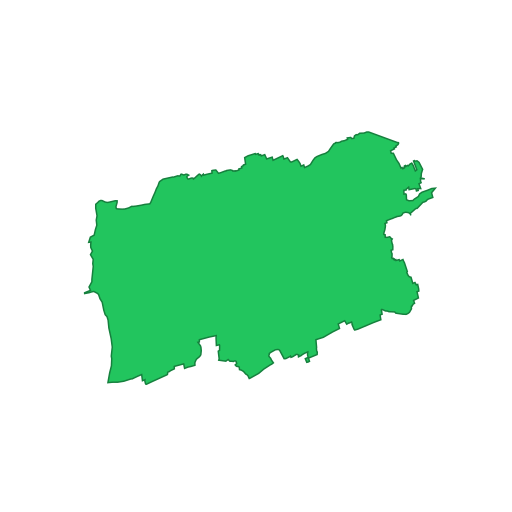 Kota Pekalongan, Jawa Tengah, Indonesia, rotated 242°
{"feature_id": "22746128B98453198956040", "entity_name": "Kota Pekalongan", "entity_type": "district", "adm_level": 2, "iso_a3": "IDN", "parent_name": "Indonesia", "parent_adm1": "Jawa Tengah", "projection": "equal_earth", "projection_center": [109.672, -6.894], "detail": "fine", "context": "isolated", "style": "filled", "palette": "green", "viewbox_px": 512, "rotation_deg": 242, "n_neighbors": 0, "source": "geoboundaries", "source_scale": "gbopen_adm2", "svg_char_len": 6108}
<svg xmlns="http://www.w3.org/2000/svg" viewBox="0 0 512 512"><g transform="rotate(242 256 256)"><path d="M376.9,138.8L373.4,136.9L366.1,134.5L362.7,131.8L357.9,129.9L354.9,126.8L350.4,122.9L350.4,118.6L346.6,114.7L345.8,116.8L343.2,115.1L341.0,114.1L337.1,113.9L334.9,110.5L329.5,110.7L325.9,108.3L323.2,107.4L312.5,100.2L310.3,99.0L307.0,94.0L303.4,93.7L304.0,87.4L303.3,87.1L301.9,91.6L301.5,94.0L300.8,96.2L297.2,98.6L295.7,98.9L291.5,98.2L287.4,98.5L279.7,96.2L275.0,95.3L272.4,96.0L268.8,95.3L261.5,92.3L250.9,89.3L243.0,86.3L235.5,81.2L233.0,80.4L226.9,76.8L221.6,72.0L213.7,65.8L212.0,69.9L209.5,74.7L207.5,80.5L206.2,87.7L205.6,89.2L205.6,90.5L205.4,95.0L205.0,99.4L199.2,97.2L198.9,99.8L198.3,99.3L195.2,98.5L194.7,98.5L194.3,98.8L194.2,99.2L193.9,105.4L192.9,121.7L193.1,122.3L194.7,123.4L194.9,123.9L194.6,125.5L194.9,126.3L194.7,130.9L196.9,132.0L194.7,141.5L190.3,140.2L189.8,144.0L189.0,146.7L188.2,150.8L190.5,151.9L192.3,154.1L192.9,155.2L193.6,158.7L194.1,159.9L194.7,160.9L198.1,163.2L201.2,164.5L202.7,164.8L207.1,164.2L206.7,165.6L208.7,166.7L206.4,176.7L204.4,183.5L202.5,182.3L195.6,179.0L194.8,182.0L193.9,181.8L189.8,179.5L189.7,178.0L182.5,175.2L181.5,174.2L177.3,180.0L177.7,182.8L175.4,183.5L174.7,184.6L174.5,185.2L173.5,186.4L173.4,188.0L173.1,188.5L172.1,189.0L171.5,188.7L170.3,188.6L169.9,188.0L169.7,186.6L169.3,186.5L167.8,187.0L167.2,187.6L167.2,188.0L166.1,188.9L165.5,188.9L163.4,188.1L162.1,189.5L159.9,190.8L156.6,191.5L155.6,192.2L154.1,192.7L151.0,192.5L150.9,193.5L151.1,203.3L152.5,209.8L153.2,217.8L153.1,218.9L153.5,221.2L156.8,220.8L158.8,220.9L161.3,220.3L162.1,220.6L162.8,221.4L163.7,222.0L164.0,224.1L164.1,229.1L163.3,231.2L162.7,232.1L161.7,232.6L152.1,232.6L151.4,234.1L151.3,238.4L151.5,239.5L150.1,239.3L149.9,240.6L149.9,242.4L150.1,243.1L150.0,244.1L150.3,245.1L149.7,246.3L148.5,247.2L148.3,246.7L147.0,246.2L146.9,249.2L147.2,250.5L147.3,253.5L147.0,256.7L145.4,255.6L144.3,255.0L142.0,254.5L142.2,251.3L138.3,250.9L137.9,252.3L137.9,253.8L141.2,254.4L140.3,263.7L142.4,265.0L143.6,265.0L145.7,265.8L146.9,266.6L154.0,269.6L152.6,277.3L153.0,287.9L152.8,295.7L157.4,296.7L157.2,303.9L153.2,304.1L153.3,306.3L153.0,307.0L152.8,309.4L150.2,308.9L150.2,308.6L145.3,308.2L144.3,308.4L143.6,311.6L142.1,328.5L141.1,336.3L145.2,337.7L145.7,338.0L145.4,340.0L149.7,341.5L149.8,342.0L148.9,342.9L146.8,344.4L145.5,346.4L144.5,347.1L141.5,352.2L139.9,352.6L135.7,358.3L134.0,361.2L133.9,363.0L134.2,365.0L136.4,368.5L138.1,369.2L138.2,369.5L138.7,369.8L138.5,370.3L139.7,372.1L139.8,373.8L142.8,374.3L142.7,379.7L148.9,381.4L148.6,383.3L150.6,384.2L155.0,385.4L155.2,384.1L155.6,383.8L156.3,384.0L158.0,383.9L158.2,381.6L164.5,382.9L165.7,381.6L167.4,381.2L170.7,381.4L171.2,382.3L180.4,383.9L182.2,383.9L183.9,384.1L184.1,380.6L185.6,380.7L186.3,377.5L187.2,377.7L187.3,376.7L188.3,376.8L188.3,376.0L189.4,376.2L189.8,375.1L191.0,375.1L191.1,375.5L194.1,377.2L195.1,377.2L197.7,378.0L197.3,379.7L200.0,381.2L202.0,382.0L202.9,382.0L206.1,382.9L207.1,384.3L207.8,383.7L207.7,383.6L208.9,383.5L210.2,383.1L210.8,380.7L211.8,378.9L214.2,380.0L215.0,379.0L216.2,379.6L218.7,382.1L221.2,384.0L222.4,384.7L224.2,385.1L223.9,387.2L225.9,387.7L225.4,392.5L225.1,394.1L225.0,396.0L224.6,398.6L224.8,398.7L224.0,400.9L223.6,402.4L223.6,403.5L224.0,404.5L224.9,406.0L224.8,406.8L224.4,408.7L222.7,411.0L221.1,411.9L219.1,411.9L221.1,411.9L222.9,419.4L222.4,420.6L225.1,428.6L224.7,430.0L224.6,431.9L225.1,433.0L225.4,434.7L224.7,439.6L229.4,440.7L231.7,446.2L233.1,442.8L233.5,438.4L234.4,432.5L234.0,429.6L232.3,427.3L231.9,422.5L231.3,420.6L232.9,417.0L235.0,415.3L239.4,417.4L240.5,417.4L241.2,415.7L244.6,417.4L243.8,419.5L244.4,419.8L245.1,423.1L242.7,422.3L241.1,427.7L240.3,428.8L238.1,428.2L237.7,430.0L239.5,430.5L238.2,433.1L243.3,433.8L243.2,436.2L244.7,436.4L246.9,437.4L246.7,438.0L244.9,441.2L247.7,437.9L248.7,439.2L251.2,440.7L254.3,443.8L262.1,443.9L264.4,442.9L265.2,440.7L265.9,440.6L265.9,439.7L256.6,438.5L256.3,436.6L262.3,437.3L264.9,437.1L264.9,435.3L264.1,432.7L264.9,432.2L264.7,430.4L265.8,430.4L265.8,429.4L264.8,429.3L264.9,428.3L264.1,428.2L264.1,426.6L265.6,426.5L265.6,425.3L270.6,425.7L274.8,425.2L282.2,425.5L283.2,423.6L285.7,424.2L285.6,428.4L286.5,428.4L286.5,431.0L287.4,431.0L287.7,433.7L288.7,434.9L289.2,435.0L289.9,434.0L312.6,413.7L313.5,411.9L313.8,409.1L315.7,405.2L315.3,402.8L316.1,401.4L315.8,399.3L314.0,397.7L314.7,395.7L316.2,395.3L317.4,392.0L316.0,391.7L316.3,388.3L317.2,385.3L317.0,383.8L317.7,381.4L318.7,379.9L318.7,379.6L318.3,379.0L318.5,378.4L318.5,377.4L318.2,376.6L315.9,372.0L314.3,369.1L314.0,365.4L314.7,361.8L315.2,356.5L315.0,354.1L313.7,351.3L311.2,347.0L311.0,344.3L311.3,340.4L314.0,340.9L314.1,337.9L316.9,338.3L319.4,338.1L322.0,337.6L322.2,332.7L322.4,331.1L323.1,330.5L328.0,329.9L328.5,326.2L331.0,326.7L332.0,326.7L332.5,316.0L335.7,316.7L336.7,311.0L341.4,311.3L341.9,307.6L343.3,307.7L343.5,306.5L344.0,306.5L344.1,305.8L345.4,306.0L345.9,303.4L346.8,303.4L348.2,296.1L348.2,292.2L341.9,289.9L342.3,287.7L341.8,287.4L341.7,285.2L340.4,284.8L340.9,281.7L340.0,281.4L340.1,280.2L340.6,277.5L341.0,277.6L341.7,275.5L342.3,275.6L344.0,273.9L345.3,270.2L345.1,269.5L345.2,269.1L345.5,268.9L346.1,264.1L346.6,261.7L350.8,260.9L351.9,258.1L352.1,257.1L349.8,256.1L351.4,250.3L351.9,247.8L353.0,248.0L352.5,245.8L352.1,245.4L354.2,244.9L355.0,244.3L354.6,242.2L353.6,238.4L353.4,236.9L354.2,237.0L354.6,236.6L355.2,235.4L355.6,232.5L355.9,232.1L357.4,231.9L358.5,232.1L358.8,232.6L359.0,234.5L360.4,233.6L361.1,232.6L361.4,230.3L363.2,228.7L363.4,228.0L362.4,226.6L362.5,226.1L363.6,224.4L364.4,220.0L364.9,219.4L367.5,210.0L367.0,206.1L366.6,205.2L363.9,202.3L362.1,199.6L359.4,196.5L357.1,193.5L352.8,188.3L351.9,186.7L353.8,181.9L354.6,178.9L356.4,173.4L357.5,170.7L358.2,169.6L358.2,166.3L358.7,163.9L359.2,161.8L360.5,159.3L362.6,155.8L363.3,155.0L363.9,155.0L365.3,155.5L368.4,158.4L369.9,159.3L370.7,158.0L371.1,156.8L372.4,151.8L372.9,150.2L373.5,149.3L374.5,148.1L377.1,146.2L377.9,145.1L378.1,143.1L377.5,141.4L376.9,138.8Z" fill="#22c55e" stroke="#15803d" stroke-width="1.5"/></g></svg>